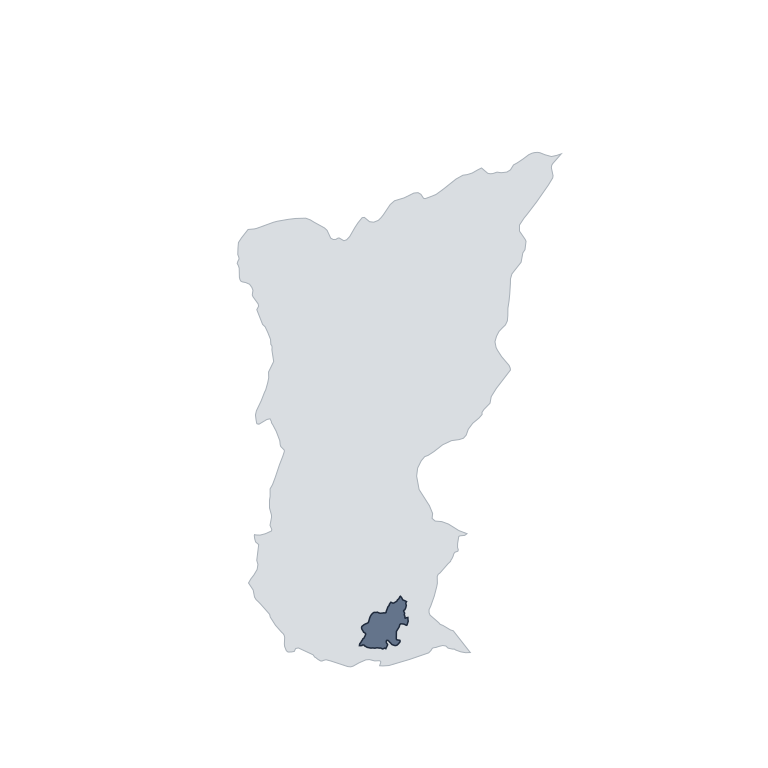 location of Berbérati, Mambéré-Kadéï, Central African Republic, rotated 295°
{"feature_id": "33826404B29108379746580", "entity_name": "Berbérati", "entity_type": "district", "adm_level": 2, "iso_a3": "CAF", "parent_name": "Central African Republic", "parent_adm1": "Mambéré-Kadéï", "projection": "albers", "projection_center": [15.911, 4.294], "detail": "fine", "context": "in_parent", "style": "filled", "palette": "slate", "viewbox_px": 768, "rotation_deg": 295, "n_neighbors": 0, "source": "geoboundaries", "source_scale": "gbopen_adm2", "svg_char_len": 6449}
<svg xmlns="http://www.w3.org/2000/svg" viewBox="0 0 768 768"><g transform="rotate(295 384 384)"><path d="M519.1,292.3L525.5,293.9L526.7,295.8L525.0,302.3L526.3,306.3L529.9,309.7L533.6,311.1L537.1,311.9L549.3,313.8L554.5,316.1L561.2,323.6L569.7,330.4L571.8,334.0L571.5,337.3L569.0,341.4L569.4,343.0L573.4,347.0L577.8,351.1L586.0,355.6L600.1,362.6L606.6,367.3L608.9,370.9L612.5,374.8L617.6,378.4L621.0,381.1L618.8,389.0L619.5,391.6L620.8,393.8L623.8,396.9L625.0,400.9L628.0,405.8L631.5,408.1L637.3,408.8L640.4,411.1L646.8,415.0L653.0,418.3L655.7,420.6L657.4,422.7L658.8,425.2L659.5,427.6L659.8,433.0L660.9,439.6L664.3,444.1L667.5,447.4L654.8,443.7L652.9,443.6L650.7,444.3L644.2,449.2L642.1,449.8L633.8,448.9L613.7,445.4L598.2,442.0L593.5,440.8L585.3,439.6L579.8,442.2L574.8,450.7L573.4,452.4L565.3,455.0L561.5,454.4L552.3,456.8L537.9,453.4L532.7,454.2L528.7,456.0L518.5,460.0L512.2,462.2L505.0,464.3L498.1,467.4L493.4,469.1L488.9,469.1L484.7,467.5L480.2,466.0L474.8,465.8L469.2,466.7L464.5,470.1L462.6,472.5L458.5,479.0L453.7,489.5L451.8,491.6L450.1,492.7L427.6,487.7L417.9,486.5L411.4,488.2L403.1,485.3L399.6,484.8L397.9,485.8L393.3,484.5L385.9,481.0L378.7,479.5L372.4,480.1L368.4,478.9L365.3,475.5L361.2,469.1L353.8,462.9L344.0,457.9L337.9,454.1L335.4,451.6L330.2,450.2L322.1,450.0L314.3,452.5L303.2,460.4L292.9,476.6L287.2,482.8L282.5,484.4L281.4,488.3L283.7,494.5L284.3,501.6L282.8,513.7L283.4,522.5L280.9,521.1L278.5,517.0L277.4,516.2L270.6,518.1L267.0,519.7L265.1,521.4L263.7,521.6L261.5,519.4L259.8,519.0L257.1,519.4L254.4,519.4L252.6,519.1L251.4,519.3L248.2,518.0L236.4,514.6L234.4,513.5L232.0,513.6L225.9,516.6L222.7,517.4L213.0,519.2L202.5,520.2L198.5,520.2L195.8,521.5L194.0,523.4L190.8,534.5L189.9,536.5L190.1,539.3L189.2,548.2L189.6,551.1L177.1,575.7L175.0,571.6L173.7,566.8L173.2,561.3L173.5,559.8L172.7,558.2L171.7,553.7L172.7,550.8L171.8,547.7L169.4,544.7L167.2,542.4L165.9,540.4L164.9,539.5L162.4,539.2L159.2,538.1L145.3,523.7L130.9,507.4L128.0,502.1L126.8,499.1L130.3,498.7L131.2,498.2L131.3,496.8L129.1,492.6L128.1,487.3L126.3,484.1L120.6,479.1L115.3,475.3L113.6,473.4L112.6,470.6L110.5,453.0L109.6,448.0L107.9,445.9L106.7,444.9L106.2,443.6L106.5,440.5L107.2,437.7L107.2,436.6L108.6,434.2L108.6,417.9L106.9,415.7L103.7,415.7L102.0,413.3L100.5,410.3L101.0,408.2L104.1,404.9L106.2,403.6L112.3,401.1L114.0,399.8L115.1,398.2L115.8,396.0L119.4,387.7L124.7,379.4L126.9,377.7L132.3,365.4L133.5,362.3L134.5,359.2L136.2,356.7L142.0,352.5L146.4,345.3L151.1,345.7L156.0,346.8L162.3,347.4L167.2,346.0L170.4,343.2L185.5,338.3L186.6,334.4L189.0,332.3L191.8,330.5L192.8,330.3L193.0,331.6L194.7,335.6L198.1,339.7L203.2,344.1L204.7,343.8L207.8,340.4L215.7,338.4L217.7,337.4L223.3,332.6L230.1,329.4L234.0,328.3L240.8,325.1L245.7,325.5L253.5,324.9L266.5,323.4L275.9,322.8L280.7,322.2L281.9,321.6L283.7,316.9L285.1,315.6L288.6,313.5L295.5,306.4L300.0,300.5L301.4,298.3L302.3,297.9L304.3,295.4L302.3,292.8L294.6,287.6L294.7,286.9L294.2,286.0L294.6,285.2L297.6,283.1L301.6,280.6L305.8,279.7L316.9,279.8L326.3,279.2L328.5,279.3L335.9,278.1L340.9,276.9L346.1,274.3L357.8,274.5L367.5,268.0L370.3,266.9L371.6,265.8L371.9,264.8L376.5,262.3L381.6,256.9L385.6,252.1L386.7,248.8L397.6,237.3L401.5,237.5L403.4,236.1L407.7,228.4L409.0,227.0L413.6,225.6L415.7,223.4L417.6,220.0L417.5,215.9L416.7,212.5L416.7,210.9L417.7,209.4L419.5,207.9L427.8,203.8L429.9,201.8L431.2,200.0L433.5,199.7L436.1,199.8L437.7,198.7L439.5,196.8L445.3,194.3L450.7,192.3L456.3,193.1L466.6,195.5L469.7,200.9L471.2,202.8L483.9,215.5L486.4,218.5L492.8,227.7L496.7,234.0L501.2,243.0L501.6,247.9L501.1,252.1L500.3,264.1L499.2,267.5L493.7,274.0L493.5,276.9L494.7,279.3L496.4,280.3L497.4,281.5L496.9,287.1L498.9,289.2L503.1,290.6L513.6,291.5L519.1,292.3Z" fill="#d9dde1" stroke="#a8b0b8" stroke-width="1"/><path d="M198.6,488.6L198.1,488.3L195.8,488.2L195.2,488.0L194.6,487.7L193.9,487.4L193.6,487.4L193.0,487.5L192.1,487.1L189.9,485.6L189.4,485.1L189.2,484.8L189.1,484.3L189.1,483.9L189.2,483.1L189.1,482.4L188.5,482.3L188.0,482.2L187.3,482.2L187.0,482.0L186.4,482.0L186.0,482.1L185.6,482.3L184.7,482.0L183.3,481.7L182.2,481.9L180.3,482.0L178.7,482.1L178.3,482.4L177.7,482.4L177.1,481.9L176.7,481.1L176.5,480.4L176.1,480.0L175.4,478.8L174.6,477.5L174.4,476.1L174.4,474.3L173.8,473.7L173.5,473.1L173.2,472.3L172.8,471.5L172.6,471.3L172.2,471.1L171.6,470.7L171.2,470.6L170.7,470.4L170.0,470.1L169.3,470.0L168.3,469.9L167.5,469.8L166.5,469.9L165.6,469.9L165.0,470.1L164.1,470.2L162.9,470.4L161.8,470.5L161.3,470.6L160.8,470.4L160.2,469.9L159.7,469.6L159.3,469.1L158.7,468.6L158.2,468.2L157.4,467.6L157.0,467.4L156.5,467.2L156.0,466.9L155.5,466.7L155.0,466.4L154.0,466.5L153.2,466.9L152.4,467.6L151.3,469.3L150.9,469.9L150.4,470.4L150.5,471.5L149.7,473.1L148.0,473.3L145.1,473.2L144.0,472.5L143.0,472.6L141.5,472.3L139.7,472.2L138.6,471.8L137.3,472.0L136.5,472.3L136.9,472.9L136.9,473.4L137.3,474.0L137.7,474.6L138.3,474.7L138.6,475.1L138.7,475.4L138.8,475.8L138.9,476.4L138.6,476.9L138.4,477.1L138.4,477.5L138.5,477.8L138.3,478.9L138.2,480.0L138.4,480.9L138.7,482.0L138.9,483.1L139.4,484.3L140.0,485.2L140.7,487.4L142.0,489.1L142.7,491.5L143.2,492.2L143.3,492.9L143.3,493.4L143.3,494.0L143.2,494.4L143.4,494.9L145.0,496.3L145.0,497.1L144.9,497.5L146.3,497.5L148.0,497.5L149.2,497.5L149.6,497.2L149.7,496.9L150.0,496.4L150.2,495.8L150.7,495.4L151.1,495.1L151.3,495.0L151.8,494.8L152.1,494.7L152.6,494.9L152.9,494.9L153.1,495.4L153.3,495.9L153.1,496.4L152.9,497.4L152.7,497.7L152.4,498.2L152.2,499.1L151.8,499.9L151.7,500.3L151.4,500.8L151.3,501.2L151.2,501.6L151.3,501.9L151.3,502.2L151.5,504.2L151.8,504.9L151.9,505.2L152.4,505.7L152.7,506.1L153.1,506.3L153.7,506.5L154.6,506.9L155.8,507.2L156.7,507.4L157.1,507.5L157.4,507.4L158.1,507.0L158.4,506.8L158.4,506.5L158.1,505.7L157.9,504.8L157.6,503.9L157.9,503.2L158.1,502.9L165.0,499.8L169.2,500.3L170.1,500.4L171.1,500.3L172.4,500.0L173.6,500.4L173.9,500.9L174.4,502.2L174.8,503.6L174.8,504.6L174.7,506.2L175.2,506.7L176.7,506.5L179.3,506.2L180.4,505.4L182.5,504.3L181.9,503.5L181.6,503.1L180.9,502.5L180.7,502.3L180.7,502.0L181.0,501.7L181.4,501.6L181.8,501.4L182.2,501.2L182.6,500.8L182.8,500.5L183.3,500.0L183.6,499.8L184.0,499.8L184.4,499.7L184.9,499.6L185.2,499.4L186.5,497.7L186.8,497.6L187.0,497.6L187.5,497.8L187.9,498.2L188.6,498.3L189.2,498.3L190.2,498.3L191.2,498.1L192.8,497.8L193.9,496.8L194.5,496.4L195.7,496.3L196.3,496.4L196.4,494.7L196.3,492.2L197.8,490.3L198.6,488.6Z" fill="#64748b" stroke="#1e293b" stroke-width="1.5"/></g></svg>